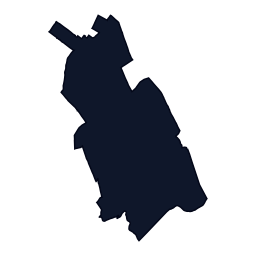 outline of Vaculesti, Botosani, Romania, rotated 270°
{"feature_id": "2599482B19671862910111", "entity_name": "Vaculesti", "entity_type": "district", "adm_level": 2, "iso_a3": "ROU", "parent_name": "Romania", "parent_adm1": "Botosani", "projection": "orthographic", "projection_center": [26.426, 47.889], "detail": "fine", "context": "isolated", "style": "filled", "palette": "ink", "viewbox_px": 256, "rotation_deg": 270, "n_neighbors": 0, "source": "geoboundaries", "source_scale": "gbopen_adm2", "svg_char_len": 5571}
<svg xmlns="http://www.w3.org/2000/svg" viewBox="0 0 256 256"><g transform="rotate(270 128 128)"><path d="M240.6,110.5L239.8,109.9L239.4,109.7L239.0,109.4L238.3,108.9L237.8,108.4L236.2,107.3L235.9,107.2L235.7,107.2L239.1,101.0L240.6,98.2L239.5,97.7L233.9,95.1L231.6,94.1L228.3,92.5L227.9,92.3L227.7,92.1L226.5,94.2L224.7,97.2L223.8,98.9L223.7,99.3L223.4,99.4L223.2,99.3L222.7,98.5L221.8,97.9L221.2,97.1L220.3,96.0L219.7,95.4L219.4,95.2L218.9,94.8L218.4,93.7L218.1,92.7L218.2,92.3L218.3,92.0L218.6,91.7L220.7,88.8L219.2,87.8L218.1,87.1L219.2,84.8L220.0,85.2L220.5,84.2L220.1,84.0L220.1,83.8L220.1,83.7L219.0,82.9L218.1,82.3L217.3,81.7L217.6,81.0L220.1,77.8L219.9,77.7L219.7,77.6L219.3,77.5L218.9,77.3L218.8,77.2L218.7,76.8L220.2,74.9L220.5,75.2L221.1,74.4L221.5,73.6L222.1,72.7L223.3,71.4L226.1,67.9L227.3,66.2L229.3,63.4L232.0,59.9L232.4,59.3L233.2,57.4L233.4,57.6L234.3,56.3L233.9,55.9L233.6,55.8L232.6,55.4L232.3,55.2L231.7,54.6L231.6,54.4L231.2,54.2L229.3,52.8L226.0,50.7L225.8,50.9L225.6,50.6L225.0,50.0L224.7,49.6L224.2,49.1L219.7,55.1L218.5,56.8L218.2,57.1L217.8,57.0L217.8,57.4L217.5,57.9L216.7,58.8L216.6,59.1L216.5,59.4L216.2,59.9L216.2,60.1L215.8,60.1L215.4,60.7L215.0,61.1L213.9,62.3L213.7,62.9L212.4,64.8L212.0,65.2L211.7,65.4L211.5,65.9L210.1,67.6L209.7,68.2L208.7,69.4L206.6,72.4L205.6,73.6L205.6,73.8L204.0,72.2L202.8,71.2L200.6,69.7L199.7,69.1L199.0,68.5L198.5,68.1L197.9,67.7L196.4,67.2L195.5,67.1L194.8,67.0L193.2,66.7L192.1,66.4L191.4,66.1L190.9,66.0L190.2,65.9L188.4,65.9L187.1,65.8L186.1,65.5L184.3,64.9L183.7,64.8L182.9,64.8L181.0,65.0L179.0,64.8L175.8,64.4L172.0,63.7L170.5,63.3L169.1,63.3L168.1,63.4L166.9,63.3L166.1,63.1L165.7,62.8L164.6,61.7L163.6,61.2L163.5,61.3L161.2,63.4L158.3,65.7L156.9,67.0L155.8,67.9L155.5,68.0L149.2,74.6L148.7,75.2L146.2,77.0L146.1,77.5L145.3,77.4L145.2,77.9L143.1,79.6L140.0,81.6L136.2,84.4L134.6,85.4L133.4,86.2L132.7,85.3L132.3,84.7L132.1,84.3L132.1,84.2L130.7,81.9L130.3,81.5L128.6,79.5L128.5,79.3L126.7,78.1L124.7,76.9L121.1,74.7L120.5,74.4L119.1,74.5L116.7,74.6L115.7,74.5L107.2,74.8L107.3,75.0L107.7,76.6L108.6,80.8L109.9,82.4L99.8,85.8L97.5,86.5L94.3,88.2L93.7,88.3L92.7,88.6L87.2,90.9L85.2,91.7L83.7,92.3L82.1,93.1L78.9,94.3L75.3,95.7L74.6,96.1L75.3,96.7L75.7,96.9L76.4,97.2L77.3,97.7L77.3,97.8L75.4,98.2L74.4,98.2L73.3,98.4L72.4,98.6L72.4,98.9L72.0,99.0L70.8,99.2L68.1,99.9L66.5,100.2L64.5,100.6L60.9,101.5L59.7,101.7L58.7,101.9L58.6,101.4L58.4,100.7L58.3,100.4L58.1,100.2L57.8,99.9L55.8,98.7L54.0,97.4L53.6,96.8L50.7,98.8L47.2,101.1L46.8,101.3L46.5,101.5L46.3,101.5L45.3,101.5L44.2,101.1L43.7,101.0L41.8,101.0L41.3,101.0L41.0,100.9L40.7,100.8L40.3,100.5L39.5,99.6L39.3,99.5L39.1,99.4L38.9,99.4L38.9,99.6L38.9,99.9L39.0,100.3L39.0,100.7L38.7,101.2L38.5,101.5L38.1,101.9L37.5,102.2L36.0,102.5L35.6,102.7L35.1,103.2L35.0,103.5L34.9,104.1L34.9,104.7L35.0,105.0L35.8,106.3L36.0,106.9L37.5,110.5L37.6,110.9L37.9,112.1L38.5,113.6L38.9,114.4L39.0,114.9L39.1,115.1L39.1,115.9L39.2,116.3L39.7,117.0L40.2,117.5L40.4,117.7L40.5,117.9L40.6,118.1L40.5,118.3L40.5,118.5L40.3,118.6L40.2,118.7L39.9,118.8L39.7,118.8L39.5,118.7L39.3,118.5L38.1,117.2L37.9,117.2L37.7,117.2L37.7,117.5L37.9,117.8L38.3,118.2L38.4,118.3L38.9,119.6L39.3,120.1L39.5,120.4L40.7,121.1L42.4,121.9L42.7,122.1L44.3,123.7L44.6,123.9L44.7,124.2L44.8,124.4L44.9,124.6L44.9,125.0L44.7,125.4L44.6,125.6L44.3,126.0L43.9,126.2L43.5,126.2L43.1,126.2L41.5,125.8L41.0,125.9L40.4,126.2L39.5,126.6L38.1,126.7L37.1,126.9L36.1,127.2L35.8,127.3L35.5,127.6L35.3,127.8L34.9,128.4L34.4,129.4L33.8,129.9L33.6,130.0L32.9,130.2L32.6,130.2L32.1,130.2L30.3,129.4L29.7,129.2L27.7,129.0L26.9,129.0L26.6,129.1L26.1,129.5L25.8,129.7L25.6,130.0L24.8,131.5L24.1,132.6L23.9,133.0L23.6,133.3L23.1,133.7L22.8,134.0L22.1,135.0L21.6,135.6L21.1,136.0L19.3,136.8L17.3,137.6L17.0,137.8L15.4,139.0L23.3,146.7L44.2,166.6L46.7,169.5L46.9,170.7L47.2,171.5L47.6,172.1L47.9,172.9L48.4,173.7L49.4,174.8L50.2,176.1L50.5,177.1L50.1,178.5L48.9,180.6L47.2,182.4L45.8,183.8L45.2,185.1L44.7,187.2L44.8,188.6L44.5,190.0L44.8,191.9L45.6,193.6L46.0,195.1L47.0,196.4L48.1,198.1L50.5,202.4L51.2,203.2L52.8,204.2L53.4,204.6L54.6,205.1L55.7,205.8L57.0,206.5L57.3,206.9L71.2,199.5L94.2,191.9L101.8,189.5L106.8,187.6L106.9,186.4L108.4,186.4L108.8,184.8L108.6,183.4L108.3,181.9L109.3,181.9L110.9,181.7L111.3,181.3L112.1,180.6L112.5,180.4L113.9,180.2L115.1,179.6L115.6,179.5L115.9,179.3L116.4,178.9L118.0,177.5L118.5,177.0L119.0,176.3L119.1,176.1L119.4,176.1L119.7,175.7L119.8,175.7L121.3,177.4L122.1,178.2L122.7,178.6L124.2,179.3L125.3,179.8L127.5,178.6L129.4,177.6L130.9,177.0L132.9,176.1L133.7,175.5L135.8,174.5L136.8,173.9L137.4,173.7L138.7,173.0L142.1,171.0L142.9,170.7L144.1,170.1L144.6,169.9L145.4,169.7L146.1,169.5L147.9,168.6L149.4,168.1L149.9,167.8L151.1,166.9L151.6,166.7L152.1,166.4L154.0,165.5L155.9,164.7L156.8,164.3L157.4,163.8L157.8,163.9L158.5,163.6L158.9,163.4L159.4,163.1L162.0,161.9L163.7,160.9L166.7,158.5L169.7,155.8L172.1,153.7L174.4,151.8L175.6,150.7L178.0,148.6L176.9,145.2L176.6,144.2L174.1,140.4L173.5,139.8L169.3,136.8L167.8,135.8L164.9,132.6L164.4,131.9L170.8,128.3L173.0,127.5L177.9,125.2L185.0,122.3L188.4,120.8L188.6,121.2L190.0,123.1L191.3,125.2L194.7,130.3L196.2,132.6L198.0,131.3L199.0,130.8L199.5,130.7L204.0,128.7L204.5,128.5L204.9,128.5L205.5,128.3L206.8,127.9L207.9,127.6L210.0,126.8L212.4,126.0L213.2,125.7L217.6,124.0L221.3,122.8L223.3,122.3L225.5,121.3L226.9,120.9L229.9,119.8L231.8,119.2L232.0,119.1L232.3,119.0L233.2,118.8L233.9,118.3L235.6,116.4L236.5,115.2L236.9,114.9L239.2,112.4L240.2,111.3L240.6,110.5Z" fill="#0f172a" stroke="#020617" stroke-width="1.5"/></g></svg>